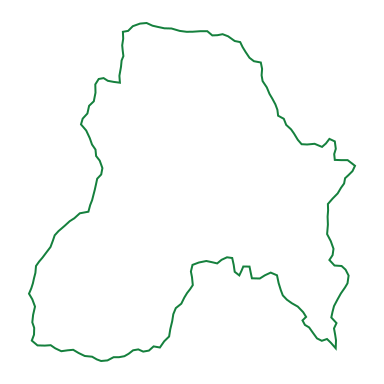 outline of Bias Fortes, Minas Gerais, Brazil
{"feature_id": "56859067B19952858762068", "entity_name": "Bias Fortes", "entity_type": "district", "adm_level": 2, "iso_a3": "BRA", "parent_name": "Brazil", "parent_adm1": "Minas Gerais", "projection": "orthographic", "projection_center": [-43.766, -21.62], "detail": "fine", "context": "isolated", "style": "outline", "palette": "green", "viewbox_px": 384, "rotation_deg": 0, "n_neighbors": 0, "source": "geoboundaries", "source_scale": "gbopen_adm2", "svg_char_len": 2605}
<svg xmlns="http://www.w3.org/2000/svg" viewBox="0 0 384 384"><path d="M122.9,31.8L123.2,38.7L122.2,45.3L122.7,50.5L123.4,56.1L121.6,60.5L121.0,66.8L119.4,75.8L119.9,82.7L113.7,81.9L107.8,80.8L103.6,78.1L98.7,79.0L95.3,84.4L95.5,92.7L93.8,101.3L89.1,105.8L87.4,113.5L82.7,118.6L81.0,124.4L86.2,130.5L89.8,138.2L92.0,144.5L95.5,149.6L96.1,156.0L99.7,160.6L102.4,168.1L101.2,174.5L97.2,178.7L96.0,184.3L94.8,189.7L93.3,195.5L92.1,200.2L90.2,205.0L88.4,211.7L79.8,213.3L74.4,218.2L69.7,221.2L64.8,225.7L58.6,231.0L54.7,235.3L52.9,240.6L50.5,247.0L46.1,252.8L42.5,257.6L39.1,261.6L36.0,266.0L35.4,272.9L34.0,278.3L32.9,283.3L31.3,288.3L29.0,293.7L32.3,299.3L35.0,306.6L33.1,314.9L32.3,322.3L34.2,327.9L34.0,334.7L31.8,340.6L37.5,345.4L44.8,345.6L50.7,345.2L55.2,348.3L61.3,351.2L67.7,350.3L73.2,349.8L78.6,353.0L84.8,356.0L92.1,356.7L96.8,359.4L101.1,361.0L107.5,360.4L113.6,357.2L119.0,357.2L124.4,356.2L128.6,353.8L133.1,350.3L138.3,349.4L143.2,351.6L148.9,350.6L153.6,346.4L159.9,347.5L164.2,341.3L169.1,336.5L170.3,329.1L172.2,321.2L173.3,314.2L175.8,308.1L181.3,303.7L184.3,297.6L187.1,293.0L190.0,289.3L192.8,285.1L192.0,277.2L190.9,271.5L192.5,264.9L198.9,262.5L206.3,261.0L212.0,262.2L217.2,263.4L221.6,259.8L227.0,257.3L232.2,258.0L233.7,264.9L234.7,271.8L239.3,275.4L241.5,270.8L243.3,266.5L249.5,266.6L250.6,272.1L251.9,278.3L259.8,278.5L264.9,275.3L270.7,272.6L277.0,275.3L278.6,283.0L280.8,290.1L282.8,295.4L286.9,299.7L291.8,303.2L297.8,306.6L303.2,312.2L306.1,316.9L302.5,320.4L304.9,324.9L309.1,327.4L313.0,332.9L317.0,338.4L321.8,340.8L327.0,339.0L330.8,342.7L335.7,348.3L336.0,340.3L335.2,335.0L334.0,328.4L336.5,323.1L331.3,317.5L332.5,311.9L334.0,306.1L337.6,299.3L340.9,293.4L345.0,287.5L347.5,283.3L348.6,275.6L345.6,269.7L341.6,266.0L334.5,265.5L329.4,260.0L332.6,255.1L333.5,248.8L330.8,241.2L327.1,234.1L327.9,224.6L327.6,216.7L328.1,210.4L327.9,204.0L332.6,198.6L337.7,193.4L341.0,187.8L344.1,183.5L345.1,178.2L348.6,175.0L352.5,171.1L355.0,165.8L347.6,160.1L340.5,160.1L334.8,159.9L334.2,154.1L335.8,148.8L334.8,141.4L329.4,138.9L325.9,143.5L322.0,146.9L314.6,143.8L307.1,144.5L301.6,144.2L297.8,139.8L293.9,133.4L291.1,129.4L286.2,124.9L283.8,118.8L278.1,115.7L277.4,109.8L275.4,104.4L272.4,98.8L269.5,93.9L266.8,87.4L262.6,81.1L261.6,75.3L262.1,68.9L260.8,62.5L253.9,61.2L249.5,57.8L245.6,52.0L242.6,47.1L240.2,42.1L234.7,41.0L228.1,36.3L222.6,34.2L217.4,35.2L212.3,35.4L207.3,31.2L200.4,31.2L193.0,31.7L186.6,31.8L179.7,30.9L171.5,28.5L164.4,28.3L158.2,27.0L152.5,25.7L146.6,23.0L140.0,23.6L132.8,26.2L128.1,30.9L122.9,31.8Z" fill="none" stroke="#15803d" stroke-width="2"/></svg>